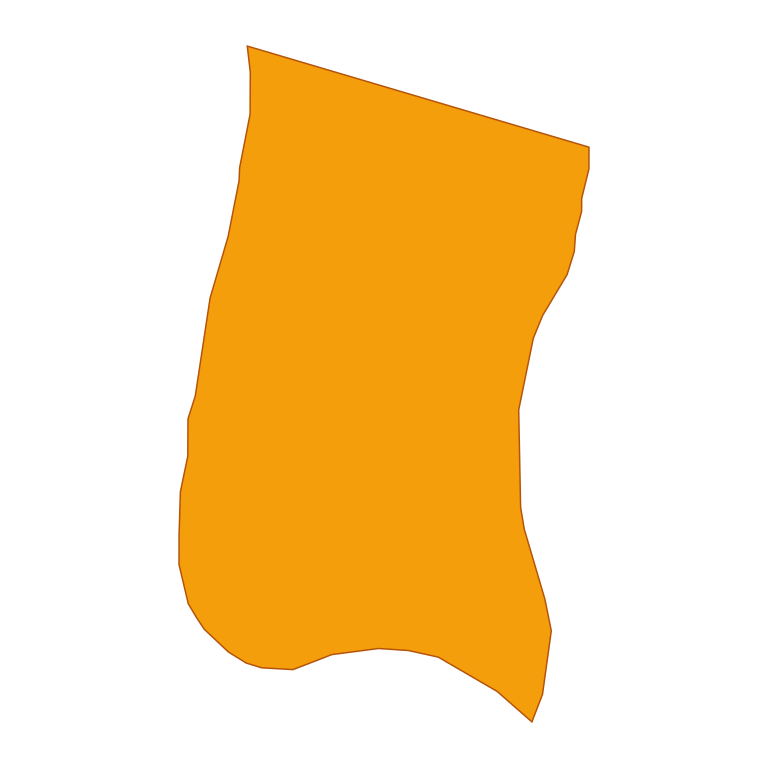 Santiago Chimaltenango, Huehuetenango, Guatemala
{"feature_id": "79465075B81878845839698", "entity_name": "Santiago Chimaltenango", "entity_type": "district", "adm_level": 2, "iso_a3": "GTM", "parent_name": "Guatemala", "parent_adm1": "Huehuetenango", "projection": "equal_earth", "projection_center": [-91.685, 15.508], "detail": "fine", "context": "isolated", "style": "filled", "palette": "amber", "viewbox_px": 768, "rotation_deg": 0, "n_neighbors": 0, "source": "geoboundaries", "source_scale": "gbopen_adm2", "svg_char_len": 634}
<svg xmlns="http://www.w3.org/2000/svg" viewBox="0 0 768 768"><path d="M531.9,721.9L542.5,694.4L551.3,630.8L544.9,599.2L524.3,529.3L520.6,507.2L518.7,409.9L533.3,338.3L542.6,315.5L567.1,274.6L574.3,251.4L575.5,234.5L581.6,211.5L581.7,198.3L588.9,169.1L589.0,147.2L247.3,46.1L250.3,72.5L250.1,114.2L239.6,167.9L239.1,180.6L228.1,236.6L210.1,298.0L195.3,395.9L188.0,418.9L187.8,456.1L180.4,491.8L179.1,533.8L179.0,564.5L188.3,603.8L196.6,617.7L204.3,629.3L228.4,652.0L246.3,663.1L261.6,667.8L293.0,669.6L331.8,654.6L378.5,648.5L408.3,650.5L438.2,657.1L497.1,691.4L531.9,721.9Z" fill="#f59e0b" stroke="#b45309" stroke-width="1.5"/></svg>